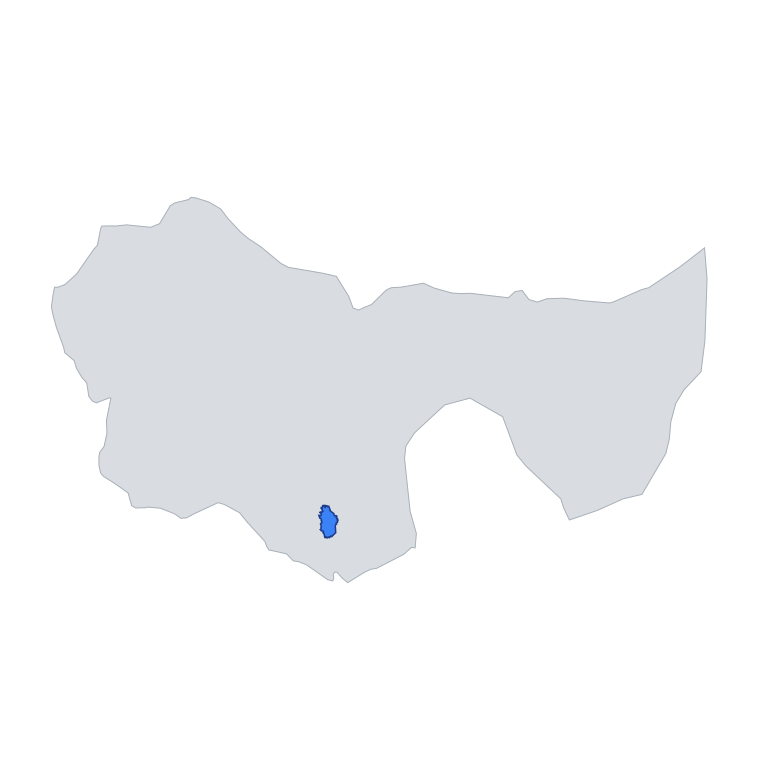 Burtnieku pag., Burtnieku, Latvia (highlighted), rotated 177°
{"feature_id": "27541924B29560801732467", "entity_name": "Burtnieku pag.", "entity_type": "district", "adm_level": 2, "iso_a3": "LVA", "parent_name": "Latvia", "parent_adm1": "Burtnieku", "projection": "orthographic", "projection_center": [25.298, 57.686], "detail": "fine", "context": "in_parent", "style": "filled", "palette": "blue", "viewbox_px": 768, "rotation_deg": 177, "n_neighbors": 0, "source": "geoboundaries", "source_scale": "gbopen_adm2", "svg_char_len": 5145}
<svg xmlns="http://www.w3.org/2000/svg" viewBox="0 0 768 768"><g transform="rotate(177 384 384)"><path d="M567.1,580.5L562.3,579.7L549.1,574.8L537.9,567.3L531.1,557.3L519.5,543.5L511.9,536.4L500.1,527.7L480.4,509.6L473.3,505.5L438.5,497.6L426.0,494.0L414.6,473.3L410.9,461.4L405.3,459.2L399.1,461.7L392.4,464.0L376.7,477.8L371.6,479.8L362.0,479.8L339.3,482.6L329.2,477.3L311.4,471.3L301.8,470.2L293.2,470.1L255.4,463.6L248.3,469.4L241.2,470.2L234.8,460.7L226.4,457.8L217.0,460.6L200.0,460.3L180.0,456.6L154.6,453.1L150.7,453.9L121.7,464.8L114.6,466.3L82.6,485.3L56.8,503.2L55.9,472.0L61.3,410.1L66.8,379.6L84.5,362.7L93.7,349.3L99.6,331.0L102.0,313.8L106.2,299.8L132.2,260.3L151.3,256.8L177.2,246.7L206.0,238.5L211.0,250.7L213.4,260.0L246.6,294.7L255.0,306.2L267.2,345.1L298.9,365.4L324.5,359.9L335.7,350.6L356.2,333.5L365.4,320.8L367.4,308.5L364.6,255.8L359.5,232.9L361.5,218.7L365.0,219.4L373.5,212.7L401.3,200.2L406.9,199.7L413.2,197.1L430.6,187.5L436.2,192.7L440.8,198.6L443.4,198.6L444.7,196.5L444.3,192.7L445.5,190.0L450.5,191.5L470.7,207.4L478.5,211.0L483.8,212.1L490.3,219.5L507.6,224.3L509.7,228.1L511.1,232.9L527.6,252.9L535.0,263.0L549.6,272.0L555.9,274.2L581.0,264.1L588.0,260.7L593.8,260.5L599.9,265.3L613.6,271.6L626.0,273.4L628.2,272.9L638.6,273.2L642.4,275.7L645.2,288.5L657.5,298.3L668.8,306.3L671.7,310.0L672.9,317.5L672.5,326.3L671.3,330.9L666.8,336.3L663.2,349.6L663.1,362.2L657.5,384.2L658.9,384.6L672.3,380.2L676.2,382.3L679.4,387.0L680.8,400.6L685.5,406.6L690.4,416.0L692.1,423.4L701.1,431.9L702.1,437.7L708.2,457.8L710.8,469.4L712.1,478.4L709.9,490.1L707.9,498.0L705.2,497.6L697.4,500.0L685.3,509.9L667.6,532.7L662.9,537.7L658.6,554.7L657.5,556.5L646.6,556.1L643.7,555.8L632.8,556.4L608.9,552.7L599.8,555.8L588.1,573.2L583.5,575.8L569.5,578.4L567.1,580.5Z" fill="#d9dde1" stroke="#a8b0b8" stroke-width="1"/><path d="M440.0,238.0L440.0,239.4L440.0,242.1L440.1,244.8L439.9,245.3L439.7,245.7L439.3,246.3L439.1,246.6L438.9,246.6L439.3,247.7L439.2,247.6L439.1,247.8L438.4,247.9L438.1,248.0L437.8,248.1L437.7,248.2L437.7,248.4L437.7,249.0L437.8,249.2L437.8,249.5L437.3,249.9L437.1,250.0L437.1,250.3L437.3,250.4L437.6,250.7L437.7,250.8L437.8,250.9L437.8,251.0L437.7,251.0L437.4,251.1L437.3,251.3L437.5,251.5L437.4,251.5L437.6,251.6L437.8,251.6L438.0,251.6L438.1,251.8L437.8,251.9L437.6,252.0L437.8,252.3L437.9,252.6L438.1,253.3L438.3,253.4L438.6,253.4L438.5,253.6L438.3,254.1L438.2,254.1L438.1,254.3L438.0,254.5L438.2,254.8L439.5,255.1L439.8,255.1L440.0,255.1L440.3,255.0L440.5,255.1L440.5,255.3L440.6,255.5L440.7,255.9L440.7,256.0L440.8,257.0L441.0,257.4L441.1,257.5L441.3,257.6L441.5,257.7L441.6,257.8L441.8,257.9L441.8,258.0L442.2,258.3L442.4,258.5L442.7,258.8L442.8,258.8L443.5,259.5L443.8,259.8L444.0,259.9L444.2,260.1L444.8,260.5L444.4,261.4L445.5,264.6L445.7,264.4L445.8,264.5L446.1,264.6L446.3,264.6L446.6,265.0L446.9,264.6L447.0,264.7L447.3,264.9L447.7,265.2L448.1,265.5L448.3,265.6L448.6,265.7L449.0,265.8L449.4,265.8L449.5,265.8L449.5,265.5L449.4,265.5L449.3,265.4L449.2,265.2L449.3,265.1L449.2,265.0L449.3,264.9L449.1,264.7L449.1,264.8L449.1,264.7L448.9,264.5L448.9,264.4L449.0,264.2L449.3,264.0L449.6,264.3L450.1,264.7L450.4,264.9L450.8,265.8L451.0,266.0L451.3,265.9L451.1,265.6L451.1,265.4L451.4,265.2L451.6,265.0L451.8,264.8L452.4,263.5L453.1,263.9L453.2,263.6L453.2,263.3L453.3,263.2L452.9,262.8L452.3,262.4L452.2,262.2L452.4,261.9L452.5,261.5L452.2,261.2L452.0,260.7L451.9,260.5L451.6,259.9L452.6,259.3L452.8,259.6L453.1,259.4L453.4,259.3L454.3,259.5L454.8,259.1L454.5,258.8L454.4,258.8L454.4,258.7L454.0,258.4L453.9,258.4L453.7,258.1L453.8,257.8L453.6,257.4L453.4,257.1L453.5,256.2L454.2,255.9L454.6,255.9L455.2,256.2L455.4,256.1L455.6,256.0L455.9,256.1L455.3,254.2L455.3,253.9L455.1,253.4L454.8,253.5L454.3,253.3L454.2,252.9L453.9,252.2L453.5,251.2L453.8,250.8L453.9,250.7L453.6,250.1L453.5,249.8L453.2,249.1L453.4,248.9L453.6,248.7L453.8,248.6L454.1,248.3L454.2,248.2L454.4,247.9L454.5,247.8L454.7,247.6L454.8,247.4L454.5,246.8L454.3,246.6L454.2,246.4L454.2,245.8L454.2,245.5L454.3,245.3L454.3,244.5L454.3,244.0L454.4,243.9L454.4,243.6L454.4,243.2L454.7,242.4L454.8,242.0L455.0,241.9L454.8,241.8L454.6,241.6L454.7,241.3L454.4,240.9L454.3,240.7L454.2,240.7L453.9,240.4L453.7,240.4L453.3,240.5L453.2,240.5L452.5,240.4L452.4,240.3L452.2,239.6L452.7,238.8L452.7,238.7L452.6,238.4L451.6,237.6L451.5,237.4L451.6,236.8L451.2,234.0L451.2,233.9L450.9,233.8L450.5,233.7L450.4,233.7L450.4,234.1L450.1,234.5L449.3,234.0L449.2,234.0L449.1,233.8L449.0,233.7L448.9,233.7L448.7,233.5L448.7,233.4L448.5,233.5L448.4,233.5L448.2,233.6L447.8,233.8L447.7,234.0L447.4,234.1L447.2,234.0L447.1,233.9L447.0,234.0L446.9,234.0L446.7,234.0L446.6,233.9L446.4,233.9L446.2,234.0L446.2,233.9L446.1,234.0L446.0,234.3L445.9,234.3L445.7,234.3L445.4,234.3L445.2,234.3L444.9,234.4L444.7,234.4L444.7,234.5L444.6,234.4L444.4,234.3L444.2,234.3L444.0,234.5L443.9,234.5L443.8,234.8L443.7,234.9L443.6,235.0L443.6,235.3L443.6,235.2L443.4,235.3L443.5,235.4L443.5,235.5L443.5,235.8L443.5,235.7L443.4,235.7L443.2,235.7L442.9,235.6L442.8,235.8L442.7,235.8L442.7,236.0L442.4,236.1L440.0,238.0Z" fill="#3b82f6" stroke="#1e3a8a" stroke-width="1.5"/></g></svg>